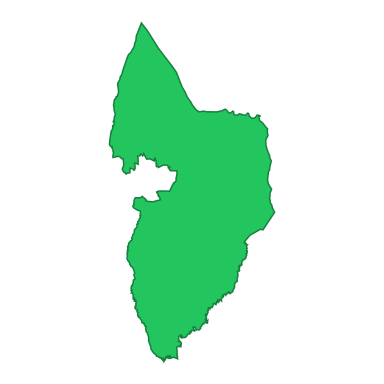 the district of Moshi, Kilimanjaro, United Republic of Tanzania
{"feature_id": "72390352B4446234130359", "entity_name": "Moshi", "entity_type": "district", "adm_level": 2, "iso_a3": "TZA", "parent_name": "United Republic of Tanzania", "parent_adm1": "Kilimanjaro", "projection": "equal_earth", "projection_center": [37.376, -3.37], "detail": "fine", "context": "isolated", "style": "filled", "palette": "green", "viewbox_px": 384, "rotation_deg": 0, "n_neighbors": 0, "source": "geoboundaries", "source_scale": "gbopen_adm2", "svg_char_len": 6105}
<svg xmlns="http://www.w3.org/2000/svg" viewBox="0 0 384 384"><path d="M133.7,274.4L135.1,278.9L133.3,280.1L133.4,281.1L132.8,284.0L132.2,285.5L131.6,285.6L131.0,288.9L132.0,290.0L131.1,290.6L132.1,292.0L131.4,292.9L132.3,292.9L132.8,293.6L133.1,294.7L133.2,299.2L133.9,299.7L134.0,298.0L134.3,297.9L134.7,300.3L135.6,300.1L135.4,300.6L134.6,301.2L136.4,301.8L135.8,303.8L136.0,305.2L135.4,306.0L135.7,306.8L135.0,307.1L134.9,307.6L135.5,309.0L137.4,309.8L136.9,311.8L137.9,312.6L137.6,314.7L137.8,315.9L138.7,316.2L138.6,317.3L140.2,318.1L140.4,319.1L142.1,321.2L141.7,322.4L142.2,322.9L143.8,322.9L144.1,324.5L145.0,325.0L145.1,326.4L146.0,326.5L145.6,329.1L146.4,330.5L146.0,331.4L147.3,332.8L147.5,334.1L148.1,335.2L148.7,337.9L148.6,340.9L150.8,347.0L151.0,349.1L153.6,353.0L155.9,354.8L156.5,356.2L157.9,356.4L159.5,357.7L160.3,357.6L162.9,360.3L162.5,358.5L163.3,359.0L163.6,358.5L164.4,359.6L164.2,361.0L165.5,359.3L165.8,357.0L167.9,355.9L168.8,356.1L169.9,355.6L170.6,356.2L169.6,357.0L167.0,357.2L167.0,357.8L169.5,358.5L173.8,357.2L177.6,358.8L177.3,357.2L177.5,356.3L176.8,354.8L177.2,353.9L176.9,352.0L177.2,351.1L176.7,349.0L176.9,347.0L179.0,346.4L180.9,346.8L181.0,346.0L179.9,345.5L181.2,344.4L181.3,343.2L180.3,341.4L177.8,341.7L179.1,340.9L178.9,339.4L178.6,339.1L178.8,336.5L179.9,335.4L180.3,336.1L180.9,335.6L180.8,336.9L181.3,336.6L181.1,337.3L181.7,337.8L181.9,336.1L182.8,337.6L185.5,337.4L187.0,335.7L187.5,334.4L189.6,333.9L189.5,331.4L190.7,333.5L190.6,331.4L191.0,331.1L191.0,332.0L191.4,331.8L191.7,330.3L194.6,330.8L195.3,331.5L193.0,327.6L193.1,326.9L193.4,327.8L193.6,327.6L193.3,326.6L193.7,327.0L195.0,327.0L196.4,330.0L197.7,329.6L199.0,330.0L200.6,328.5L200.4,327.2L201.2,326.6L202.8,323.8L203.8,323.9L203.8,323.2L204.6,322.5L207.4,323.1L207.7,320.6L207.0,321.3L206.7,320.2L206.2,321.2L205.3,319.6L206.6,317.8L206.0,316.2L205.4,316.1L205.4,315.1L205.9,314.2L206.6,315.3L207.0,314.9L208.0,312.2L207.5,310.7L207.8,310.2L208.3,310.7L208.5,310.5L208.0,309.2L208.4,308.1L208.9,307.7L209.9,309.0L210.1,307.9L211.0,307.2L211.9,307.7L213.0,305.9L213.4,303.6L214.9,303.5L215.3,304.5L216.0,304.6L216.7,301.9L217.7,302.4L217.4,300.9L217.7,299.8L218.1,300.2L218.2,301.1L219.0,301.7L220.0,299.5L221.5,300.9L221.3,299.2L221.9,298.4L222.4,296.1L223.1,297.0L223.4,296.6L223.4,295.2L224.0,295.0L224.1,294.3L225.7,294.3L225.9,295.1L226.5,294.1L227.0,294.0L227.0,293.3L228.9,291.8L229.2,292.1L229.0,293.2L230.1,293.6L231.9,292.0L232.6,292.0L233.3,289.5L234.5,287.8L234.5,285.0L235.1,282.9L237.3,281.2L237.0,279.7L238.0,275.1L237.4,271.2L239.4,271.0L239.6,270.1L238.9,269.1L239.7,267.8L239.3,267.4L238.9,267.6L238.6,266.8L239.3,266.4L239.4,265.4L240.5,265.9L240.7,265.2L241.3,265.3L241.8,264.8L241.9,264.2L241.5,264.0L242.2,261.0L243.0,260.3L243.0,259.7L243.6,259.8L245.7,258.4L245.6,257.6L246.7,255.1L246.5,254.4L246.7,253.8L246.2,254.2L246.1,253.8L247.2,252.0L247.0,251.5L247.2,250.7L246.7,250.6L246.5,249.9L246.6,248.9L247.2,248.3L246.6,247.4L246.8,245.3L247.3,244.8L246.1,244.6L246.1,243.5L245.1,243.5L245.0,242.5L244.4,242.6L244.2,242.1L249.9,235.2L260.2,229.4L260.9,229.2L262.9,229.9L274.6,212.3L272.3,207.6L271.9,205.3L270.4,202.9L270.0,199.2L269.4,198.0L270.1,195.8L269.9,193.6L271.6,189.1L268.4,184.0L267.5,180.0L268.4,171.9L269.6,170.0L269.8,167.1L271.3,161.0L269.8,157.7L269.7,155.9L267.1,149.8L265.9,144.8L265.8,139.6L267.9,135.7L267.3,131.7L267.6,129.1L262.3,122.6L259.7,120.7L258.9,117.2L259.0,116.6L260.0,116.3L259.9,115.7L257.2,115.0L255.5,117.4L253.3,118.4L251.3,117.9L249.2,116.1L248.9,114.0L248.1,113.2L247.4,113.2L245.9,115.2L243.9,115.1L239.3,113.7L237.4,115.3L235.3,115.0L233.8,114.4L233.7,111.9L232.8,111.1L230.7,113.0L229.7,113.0L228.2,112.2L226.4,109.8L224.9,109.2L222.4,110.6L217.2,111.9L206.4,111.8L203.8,111.1L199.2,111.9L196.4,110.1L192.6,105.5L191.1,102.5L187.4,97.3L185.0,91.9L182.2,87.2L176.4,72.4L173.1,67.5L158.4,48.3L147.5,30.9L141.4,23.0L136.3,36.0L135.9,40.6L134.9,42.8L134.2,46.5L130.5,52.9L129.0,54.0L127.8,56.1L122.9,70.2L121.9,74.2L120.1,77.3L119.9,79.5L117.7,83.4L117.7,85.8L118.1,86.9L118.6,92.2L117.1,96.6L116.2,96.7L116.1,98.1L114.9,99.0L114.3,100.2L113.5,105.6L113.9,106.4L114.2,110.5L115.3,114.1L115.2,115.1L114.4,116.5L114.1,119.7L113.2,121.7L113.3,122.0L114.1,121.9L114.5,122.9L113.2,126.1L112.7,125.9L112.5,129.5L111.4,130.7L110.9,132.1L111.3,133.4L110.7,133.7L109.4,144.1L109.8,145.3L111.3,146.9L111.9,146.4L112.2,148.4L113.0,149.8L113.0,151.2L113.5,152.7L112.8,156.6L113.1,157.6L117.4,156.4L119.8,156.7L121.8,158.8L123.2,158.6L123.7,164.8L123.2,167.2L122.4,168.2L122.4,169.8L124.0,172.4L125.2,172.9L126.2,174.1L126.9,173.2L129.7,172.9L130.1,172.1L129.8,170.2L130.1,168.3L132.6,168.8L133.7,170.2L134.3,170.1L135.1,168.6L135.0,164.9L134.5,163.2L135.9,163.2L138.1,164.3L138.1,158.5L137.6,156.2L140.1,155.7L140.2,154.5L140.9,154.1L141.6,154.4L142.7,155.9L143.7,153.7L146.7,159.1L150.0,158.9L154.2,161.0L154.4,159.3L154.9,158.2L155.3,158.2L155.5,160.2L156.1,160.9L156.0,163.3L156.8,163.8L156.2,165.0L156.5,166.6L158.2,166.3L158.4,167.5L163.5,165.0L167.0,165.2L168.0,165.6L168.3,167.7L169.9,167.2L169.1,168.9L170.4,170.7L176.7,170.8L177.1,173.6L176.1,178.1L176.1,180.7L174.7,182.5L173.3,183.1L173.3,183.8L172.1,185.8L169.7,191.1L159.5,191.0L157.3,191.4L156.7,192.0L156.9,193.0L158.0,193.3L158.1,195.4L158.8,195.7L158.5,196.2L159.6,197.4L160.4,199.8L152.5,201.9L147.1,201.2L145.8,200.8L146.1,199.7L142.3,196.4L140.4,197.8L135.4,197.7L134.1,200.2L134.0,203.2L133.6,204.0L134.0,204.8L132.9,205.8L132.9,206.5L133.7,207.9L138.0,210.4L140.2,210.8L140.5,213.1L140.1,213.8L140.8,215.4L139.9,215.8L140.3,217.6L139.2,218.9L139.1,220.1L137.7,221.8L138.0,223.7L136.8,224.2L137.1,225.9L136.8,227.1L134.4,229.9L134.1,233.2L132.8,234.8L132.5,236.4L131.5,238.2L132.3,239.5L131.5,240.5L130.7,240.8L128.6,243.3L128.6,245.2L127.8,246.1L127.6,247.1L128.1,247.6L127.6,249.3L128.0,249.7L127.4,250.4L128.0,251.2L127.0,252.4L127.5,253.8L127.0,254.5L127.5,255.4L126.9,258.2L127.9,260.8L128.7,261.3L129.8,263.8L129.8,264.5L130.4,265.0L130.8,266.1L132.5,267.3L133.9,270.2L134.7,273.3L133.9,274.7L133.7,274.4Z" fill="#22c55e" stroke="#15803d" stroke-width="1.5"/></svg>